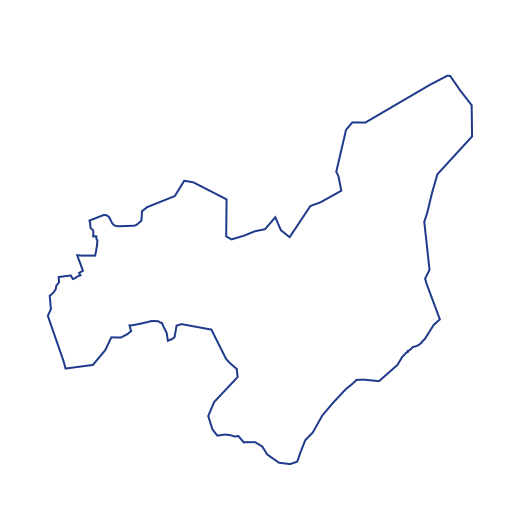 Egbedore, Osun, Nigeria (orthographic projection), rotated 187°
{"feature_id": "59680162B61270202433812", "entity_name": "Egbedore", "entity_type": "district", "adm_level": 2, "iso_a3": "NGA", "parent_name": "Nigeria", "parent_adm1": "Osun", "projection": "orthographic", "projection_center": [4.451, 7.783], "detail": "fine", "context": "isolated", "style": "outline", "palette": "blue", "viewbox_px": 512, "rotation_deg": 187, "n_neighbors": 0, "source": "geoboundaries", "source_scale": "gbopen_adm2", "svg_char_len": 2144}
<svg xmlns="http://www.w3.org/2000/svg" viewBox="0 0 512 512"><g transform="rotate(187 256 256)"><path d="M190.0,56.9L188.0,66.3L184.7,79.1L178.1,87.8L170.7,105.9L161.4,120.0L155.5,128.1L152.9,131.7L150.1,135.4L144.5,141.1L141.1,145.3L133.9,146.4L118.6,146.8L102.3,165.2L98.7,173.4L95.3,178.1L93.6,179.3L94.0,180.1L92.8,180.7L91.4,182.0L90.4,183.1L89.2,184.8L88.1,185.2L86.2,185.9L83.7,187.5L81.5,189.7L80.0,192.2L78.3,194.2L71.1,209.5L65.8,215.5L83.3,249.2L85.4,254.1L82.1,263.4L93.0,309.8L93.2,310.1L91.2,320.5L89.0,340.0L85.9,359.3L56.1,401.0L60.2,431.0L60.2,431.8L73.6,445.3L85.2,458.4L88.0,458.3L104.7,446.8L163.7,401.8L176.7,400.3L182.0,392.2L186.6,349.4L183.9,345.3L179.3,331.2L198.6,317.1L208.1,312.3L224.9,278.8L234.4,284.6L241.6,296.8L250.3,283.7L260.2,280.4L270.2,274.8L282.3,269.5L288.0,271.9L292.1,308.6L327.2,321.5L336.4,321.9L343.9,305.6L370.6,290.9L370.9,290.2L374.6,286.7L374.0,277.2L376.9,273.9L378.3,272.5L379.9,271.4L383.7,270.7L394.6,269.0L397.6,268.6L399.3,268.9L400.7,269.3L402.6,270.8L406.5,276.7L407.6,277.4L409.6,278.3L412.2,278.1L425.6,270.9L425.6,270.4L424.6,268.7L424.5,267.5L424.3,267.0L424.2,266.0L423.6,263.6L421.0,261.8L420.6,260.9L420.2,258.3L420.0,255.6L418.1,256.0L416.8,256.0L416.7,254.1L415.3,252.0L415.1,247.3L415.3,242.0L415.7,236.8L429.4,235.1L433.5,235.0L431.7,231.3L428.8,225.8L426.0,220.3L429.5,217.6L427.9,215.4L430.3,214.2L433.3,211.7L435.0,210.8L436.9,213.4L437.4,214.1L449.3,211.1L448.3,205.8L450.5,202.3L450.8,198.4L452.9,194.5L455.9,191.4L453.1,178.3L455.3,171.2L434.5,128.8L431.3,121.1L404.6,128.0L394.1,144.3L389.7,157.6L380.2,158.6L374.1,162.8L370.8,166.2L373.1,171.7L370.2,172.2L366.1,173.5L355.5,177.2L351.7,178.8L348.5,179.1L345.0,179.3L343.1,178.4L341.8,178.0L341.1,178.0L339.1,174.4L335.4,169.0L333.1,161.1L331.6,162.1L330.4,162.5L328.2,164.2L327.0,165.4L326.3,177.3L321.6,179.3L291.3,177.5L273.1,150.1L268.4,146.2L261.3,141.5L259.5,133.6L279.8,105.9L283.9,91.3L278.8,80.1L278.0,78.5L272.5,73.0L265.1,75.0L259.9,75.1L255.1,74.2L251.6,75.2L245.4,69.5L245.2,69.7L234.1,71.1L226.6,67.7L220.6,60.3L208.0,53.6L196.8,53.6L190.0,56.9Z" fill="none" stroke="#1e3a8a" stroke-width="2"/></g></svg>